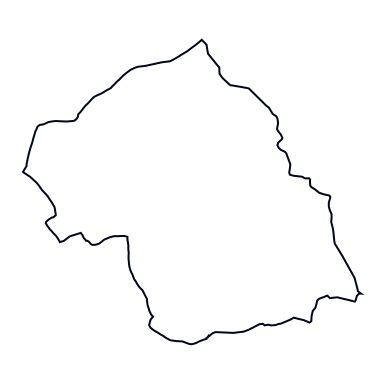 the district of Bengkulu Tengah, Bengkulu, Indonesia
{"feature_id": "22746128B16836972822517", "entity_name": "Bengkulu Tengah", "entity_type": "district", "adm_level": 2, "iso_a3": "IDN", "parent_name": "Indonesia", "parent_adm1": "Bengkulu", "projection": "mercator", "projection_center": [102.45, -3.678], "detail": "fine", "context": "isolated", "style": "outline", "palette": "ink", "viewbox_px": 384, "rotation_deg": 0, "n_neighbors": 0, "source": "geoboundaries", "source_scale": "gbopen_adm2", "svg_char_len": 5304}
<svg xmlns="http://www.w3.org/2000/svg" viewBox="0 0 384 384"><path d="M361.0,293.6L357.9,291.2L357.5,289.0L355.2,280.3L354.5,277.7L348.2,266.4L343.7,258.4L342.7,256.5L339.4,251.1L334.8,243.6L334.4,241.9L333.5,233.1L333.0,229.0L331.2,221.9L331.3,220.9L331.4,219.5L331.6,218.0L331.6,214.4L329.6,209.6L328.8,206.3L328.8,202.6L329.4,200.5L330.0,198.8L330.3,196.7L329.3,195.5L328.7,195.4L325.1,194.6L324.9,194.5L324.7,194.5L324.3,194.4L324.2,194.4L323.9,194.3L323.7,194.3L323.5,194.2L323.4,194.2L323.1,194.1L322.9,194.1L322.7,194.0L322.5,193.9L322.4,193.9L321.9,193.7L321.7,193.7L321.4,193.5L321.2,193.5L321.1,193.4L320.9,193.4L320.7,193.3L320.6,193.2L320.4,193.2L320.2,193.1L319.9,193.0L319.8,192.9L319.7,192.9L319.4,192.8L319.0,192.7L318.9,192.6L318.6,192.4L318.4,192.2L318.2,192.0L318.0,191.8L317.4,191.3L317.0,191.0L316.6,190.7L316.3,190.5L316.1,190.3L315.5,189.8L315.1,189.5L314.7,189.2L314.3,189.0L314.0,188.8L313.8,188.7L313.6,188.5L313.2,188.3L312.9,188.1L312.7,188.0L312.5,187.8L312.3,187.7L311.5,187.2L311.3,187.0L311.3,186.9L311.0,186.7L310.8,186.3L310.4,185.9L310.2,185.7L310.2,184.7L310.1,183.7L310.1,183.3L310.0,182.9L310.0,182.6L310.0,182.1L309.9,181.7L310.0,181.3L310.0,181.1L310.0,180.7L310.1,179.8L310.1,179.4L309.5,178.9L308.9,178.3L308.8,178.2L308.6,178.3L307.9,178.3L306.5,178.4L305.1,178.4L304.3,178.0L303.3,177.4L302.2,176.8L302.0,176.7L301.9,176.7L301.4,176.6L296.6,176.1L294.4,175.9L293.8,175.8L292.0,175.3L291.7,175.2L291.3,175.1L290.4,174.9L290.2,174.8L289.9,174.7L289.7,174.2L289.4,173.4L289.2,172.8L289.6,170.0L289.7,169.5L289.9,168.2L290.1,166.9L290.2,166.6L290.2,166.3L290.2,166.1L290.2,165.0L290.1,164.1L290.2,163.8L290.0,163.4L286.3,153.4L286.2,153.3L286.1,153.1L285.9,152.9L285.8,152.7L285.4,152.3L285.1,152.0L285.1,151.9L284.8,151.7L284.5,151.6L283.7,151.2L283.2,151.0L282.6,150.7L281.4,150.1L280.9,149.9L280.5,149.5L279.7,148.8L279.0,148.1L278.5,147.5L278.3,147.0L278.0,146.3L277.7,145.7L277.4,145.1L277.8,144.0L278.2,142.7L278.3,142.6L278.5,142.4L278.7,142.2L278.8,142.1L279.0,141.9L279.9,141.1L280.4,140.6L280.5,140.6L281.0,140.1L281.8,139.3L282.0,138.8L282.4,137.9L282.2,137.6L282.1,137.3L281.3,135.5L281.2,135.4L281.1,135.2L280.9,134.7L278.3,131.4L277.0,129.1L277.4,127.0L278.1,122.9L277.4,118.5L276.3,116.3L272.6,113.8L268.9,107.6L266.5,105.9L248.8,88.4L242.6,87.2L231.4,85.3L230.5,85.3L228.8,83.9L222.4,77.9L219.5,73.7L219.3,67.5L216.3,64.0L211.7,58.2L208.0,53.7L206.5,44.7L201.7,39.8L199.9,41.5L195.7,44.9L191.2,48.2L186.9,51.5L182.5,54.0L177.9,57.0L174.2,59.1L170.0,61.3L165.8,61.8L161.8,62.3L156.3,63.5L150.3,64.8L146.3,65.7L142.6,66.2L137.7,66.8L133.7,68.3L130.7,69.8L128.3,71.5L125.7,73.5L123.2,75.6L121.3,77.5L119.1,79.8L116.5,82.0L114.6,84.2L112.5,86.1L110.7,88.2L108.4,89.4L106.5,90.4L105.8,90.8L104.4,91.7L102.6,92.8L101.1,93.6L98.9,94.6L97.0,95.4L95.1,96.4L94.1,96.9L92.1,98.8L87.9,103.4L85.7,105.4L82.9,108.8L80.6,111.9L78.2,114.4L77.8,117.0L76.3,119.2L74.3,120.7L71.9,121.1L69.9,121.2L67.9,121.5L63.9,121.4L58.9,121.2L55.9,121.0L52.2,121.4L48.3,122.1L46.0,123.2L44.4,124.0L42.2,124.6L40.0,124.8L38.6,125.7L37.4,126.9L36.5,129.2L35.4,131.3L34.5,134.5L33.6,137.4L32.3,142.3L30.3,148.4L28.7,154.2L27.6,159.2L26.7,163.6L26.5,166.1L24.5,169.4L23.0,172.0L23.6,172.5L30.0,176.7L37.2,183.3L42.4,190.5L47.3,195.7L52.5,203.6L54.6,207.3L55.6,213.5L55.8,215.2L53.5,217.2L51.7,217.6L48.3,219.8L46.1,222.0L45.8,223.2L46.7,224.8L47.5,226.1L48.3,227.1L49.5,228.9L51.7,231.2L52.9,232.7L56.1,235.9L57.1,237.4L57.9,238.6L59.3,240.9L59.9,242.2L61.5,241.6L63.9,240.9L64.3,240.5L69.9,236.3L80.8,232.9L80.9,233.1L82.3,234.9L83.8,238.0L85.5,239.9L86.0,240.8L87.0,240.7L88.5,241.4L89.5,242.4L90.3,243.4L91.1,244.2L91.8,244.7L92.6,244.9L93.4,244.9L94.1,244.8L95.1,244.8L96.3,244.5L96.9,244.3L97.7,244.1L98.9,243.7L99.7,243.2L100.3,242.7L101.3,241.9L102.2,241.3L103.0,240.6L103.7,240.0L104.6,239.5L105.4,239.1L108.0,238.0L109.6,237.4L111.6,236.8L112.2,236.6L112.8,236.4L114.1,236.3L115.6,236.1L116.2,236.2L116.6,236.2L119.8,236.1L120.0,236.1L124.2,235.9L127.4,236.8L127.5,240.0L127.7,241.2L128.0,243.0L128.4,245.9L128.3,247.7L128.4,250.2L128.7,252.6L128.6,255.2L128.5,258.5L128.8,261.2L128.9,262.7L129.0,264.1L129.5,267.1L130.4,270.3L131.1,271.9L131.4,272.5L132.6,274.9L133.2,276.6L133.7,278.0L134.2,279.2L136.0,281.8L137.2,284.0L139.2,286.9L140.4,288.2L141.2,289.0L142.3,290.0L143.5,292.2L145.1,295.5L146.9,298.8L147.1,301.8L147.6,305.3L148.8,308.8L149.6,311.4L151.3,314.8L152.8,316.4L153.1,316.8L150.9,319.1L150.3,320.7L149.1,325.0L150.4,327.6L153.8,330.3L156.7,332.0L158.2,332.9L161.6,335.1L162.5,335.4L163.2,335.9L166.0,337.9L170.4,340.3L173.1,340.6L175.6,341.0L179.7,341.3L182.3,341.4L188.0,343.5L190.2,344.2L192.3,344.1L195.3,343.3L197.7,342.2L199.9,341.1L202.0,340.3L206.4,338.8L206.3,338.4L206.8,338.1L208.4,336.1L208.5,336.6L208.7,336.4L212.4,333.4L215.3,332.1L233.4,332.9L243.8,331.6L249.3,329.5L254.8,326.6L259.6,324.2L262.7,323.8L264.8,325.4L265.0,325.3L268.4,324.7L271.1,325.4L275.3,325.1L277.5,324.4L278.1,324.1L280.7,323.7L285.3,321.8L290.2,319.7L293.7,317.7L304.0,320.2L309.6,322.6L311.3,321.1L311.6,315.9L312.8,310.8L315.4,307.8L316.7,303.1L317.1,300.8L319.0,298.8L323.9,297.0L327.3,295.6L329.9,298.1L337.2,297.3L349.7,300.3L354.8,301.6L355.6,300.4L356.3,297.9L356.9,296.0L358.5,294.1L360.3,293.5L361.0,293.6Z" fill="none" stroke="#020617" stroke-width="2"/></svg>